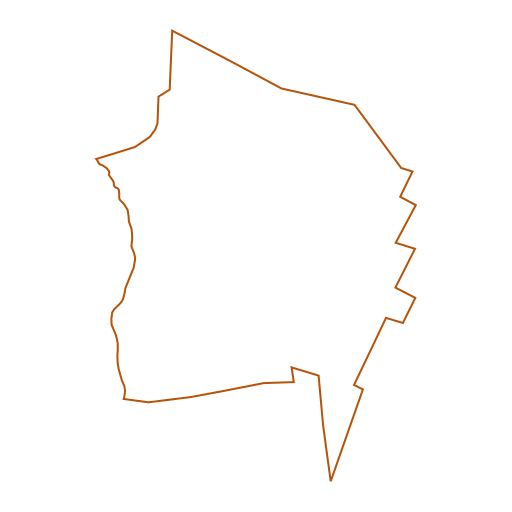 outline of Chittenden, Vermont, United States of America
{"feature_id": "52423323B83826367261250", "entity_name": "Chittenden", "entity_type": "district", "adm_level": 2, "iso_a3": "USA", "parent_name": "United States of America", "parent_adm1": "Vermont", "projection": "mercator", "projection_center": [-73.209, 44.442], "detail": "fine", "context": "isolated", "style": "outline", "palette": "amber", "viewbox_px": 512, "rotation_deg": 0, "n_neighbors": 0, "source": "geoboundaries", "source_scale": "gbopen_adm2", "svg_char_len": 1210}
<svg xmlns="http://www.w3.org/2000/svg" viewBox="0 0 512 512"><path d="M123.7,399.0L148.4,402.3L190.5,397.1L227.0,390.3L263.7,383.1L293.8,382.1L291.6,367.4L318.6,375.6L323.1,425.3L330.7,481.3L362.9,389.4L354.0,385.0L372.5,346.3L386.0,317.9L402.9,323.0L415.3,297.9L395.4,287.6L415.0,248.8L395.7,242.8L415.8,205.1L400.2,196.8L412.5,171.5L401.2,168.0L354.5,104.8L346.7,103.1L281.5,88.5L229.8,60.8L172.2,30.7L169.7,89.6L158.5,96.6L157.5,123.3L155.3,129.4L149.9,136.9L135.0,147.0L96.2,159.0L97.0,159.8L98.9,163.5L99.8,164.3L102.8,165.5L106.8,168.3L109.2,171.4L109.3,172.4L108.9,174.3L109.1,175.3L113.3,181.2L113.7,182.5L113.9,185.1L114.6,186.6L115.1,187.2L117.7,188.3L118.8,189.7L119.3,193.7L119.3,194.1L119.2,196.8L119.5,199.1L120.4,200.4L124.1,204.2L127.6,209.8L128.6,216.3L128.9,221.5L131.5,228.8L132.0,233.1L132.2,239.0L131.4,246.4L134.2,253.5L135.1,257.8L135.0,259.7L135.0,260.2L133.7,267.6L125.4,288.2L124.3,294.5L122.8,299.5L121.7,301.5L119.4,304.2L114.0,309.5L112.2,312.5L111.4,318.8L111.6,324.8L115.8,334.9L116.0,335.7L117.0,339.5L117.7,343.3L117.8,350.0L117.4,355.0L117.6,362.4L118.7,369.2L121.8,380.2L124.4,386.4L125.1,391.0L124.1,398.1L123.7,399.0Z" fill="none" stroke="#b45309" stroke-width="2"/></svg>